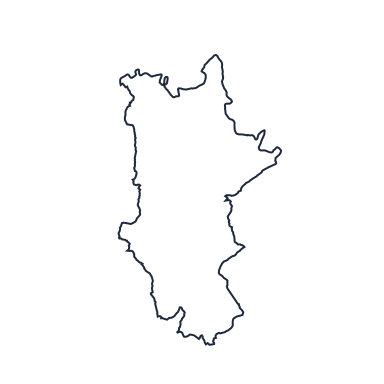 Manka, Leribe, Lesotho, rotated 52°
{"feature_id": "5366337B27297723813", "entity_name": "Manka", "entity_type": "district", "adm_level": 2, "iso_a3": "LSO", "parent_name": "Lesotho", "parent_adm1": "Leribe", "projection": "orthographic", "projection_center": [27.816, -28.974], "detail": "fine", "context": "isolated", "style": "outline", "palette": "slate", "viewbox_px": 384, "rotation_deg": 52, "n_neighbors": 0, "source": "geoboundaries", "source_scale": "gbopen_adm2", "svg_char_len": 6048}
<svg xmlns="http://www.w3.org/2000/svg" viewBox="0 0 384 384"><g transform="rotate(52 192 192)"><path d="M293.6,290.7L294.4,288.3L295.1,287.1L296.7,286.4L300.9,287.4L301.7,286.8L302.4,285.8L302.7,284.9L303.0,283.7L303.0,281.6L304.0,280.4L306.3,278.6L312.1,277.0L311.8,275.7L310.8,274.0L311.0,272.5L312.1,272.5L313.6,273.4L316.8,273.8L318.3,274.5L319.6,274.8L320.7,274.8L320.7,272.7L321.7,272.4L323.0,272.4L324.0,271.0L325.4,268.2L324.6,267.5L323.5,267.5L322.5,267.2L322.0,266.2L320.9,264.9L321.7,263.0L320.7,262.7L319.9,262.1L319.4,261.2L319.1,259.9L319.6,257.5L320.9,256.6L322.7,252.3L322.7,251.1L323.3,248.8L323.3,244.7L322.8,243.1L322.3,242.1L319.4,239.9L318.1,238.6L317.6,237.8L317.3,236.7L317.6,233.7L320.0,228.0L318.3,225.6L316.0,225.4L312.6,225.8L311.6,224.9L310.3,224.9L309.3,224.1L308.4,224.7L290.0,223.5L287.7,222.6L287.3,221.5L284.8,219.7L283.9,218.7L282.5,218.7L278.8,219.9L276.9,219.8L273.9,220.9L272.3,220.7L270.5,219.1L267.8,214.6L267.5,213.5L266.9,212.5L266.4,209.5L266.9,208.2L267.4,205.8L267.1,204.4L267.3,201.0L267.6,199.3L268.2,198.3L268.3,196.0L267.4,193.6L267.8,190.6L267.5,189.3L267.4,185.5L267.6,184.6L266.4,184.6L265.1,185.0L264.0,185.9L263.0,186.2L261.6,188.1L259.8,188.2L258.2,189.0L257.2,188.8L253.3,186.2L250.5,185.3L249.1,184.4L247.9,184.4L246.8,184.0L245.5,183.3L244.4,182.2L242.6,183.1L241.6,183.1L240.3,182.5L239.7,181.7L238.7,181.7L237.9,181.2L237.4,180.1L236.4,180.1L234.8,179.7L233.3,178.9L231.5,173.5L230.4,171.9L229.4,171.4L227.6,169.1L225.2,169.1L223.9,168.5L223.4,167.3L222.3,167.3L221.0,168.0L219.5,170.8L218.9,167.8L217.9,167.7L215.8,168.4L215.8,166.7L218.4,163.6L219.4,163.2L220.9,160.1L221.0,156.5L220.3,155.2L221.0,152.6L220.0,151.8L218.9,149.9L218.5,147.3L218.5,145.4L218.2,143.8L218.9,140.6L218.7,139.3L218.9,135.3L219.4,131.6L219.2,130.4L219.4,125.0L218.7,124.0L218.6,122.6L219.7,116.1L221.3,109.4L221.3,108.1L220.0,107.3L218.7,107.2L216.7,105.1L216.3,100.0L215.5,97.9L214.5,96.5L213.8,96.2L210.9,96.4L209.2,97.3L208.9,98.0L209.4,100.3L209.3,102.1L210.0,103.2L210.0,104.6L209.4,105.5L208.1,106.6L204.1,108.9L201.5,112.3L200.3,112.8L198.6,112.4L197.8,111.7L195.9,107.8L194.3,105.6L191.8,100.7L190.8,99.2L189.0,97.5L188.2,96.9L187.9,97.0L187.4,98.7L187.3,100.9L187.6,103.9L188.0,104.7L190.1,107.7L190.3,108.4L190.1,109.3L189.2,109.6L186.3,108.9L184.6,109.3L183.9,110.1L183.4,111.1L181.3,113.1L181.4,113.5L177.8,116.7L175.6,119.4L174.0,120.7L172.4,121.0L169.1,120.0L165.9,117.7L163.6,115.8L162.4,115.4L160.0,115.7L158.5,116.8L156.8,117.5L151.1,117.3L146.5,114.5L145.5,113.6L144.1,112.9L143.5,112.1L143.3,111.4L143.6,110.5L145.3,108.3L145.8,107.0L145.4,104.9L144.8,104.6L142.5,104.5L141.2,105.0L138.8,105.4L137.5,105.3L136.6,104.9L135.0,103.5L133.2,102.9L130.1,102.8L125.6,101.5L123.2,100.2L121.8,97.8L120.4,96.6L117.8,95.3L116.1,93.6L111.7,91.3L110.7,90.2L109.0,89.1L107.0,88.6L103.4,88.8L100.4,88.3L99.0,88.6L98.4,89.2L98.1,90.8L98.7,93.5L98.6,96.5L99.5,101.2L99.7,103.8L101.2,105.7L102.1,109.3L103.0,110.2L106.1,109.0L108.0,109.1L108.6,109.4L110.0,110.5L111.6,112.2L113.7,115.5L113.7,116.9L112.8,120.8L112.4,125.0L110.8,127.8L109.8,128.8L109.0,130.9L107.7,133.4L105.9,135.4L103.5,137.1L102.1,138.7L102.2,139.5L102.6,139.9L107.9,142.6L108.2,143.2L108.1,143.9L106.8,145.7L106.2,148.0L105.7,148.5L102.8,148.9L96.6,148.6L94.8,148.9L91.9,148.8L91.3,148.5L90.8,147.4L91.0,145.7L90.8,144.7L87.8,141.5L87.2,141.0L86.3,140.7L85.6,141.3L85.3,141.8L85.5,143.4L87.0,145.0L88.8,146.6L89.7,148.1L89.8,148.7L89.6,149.2L89.0,149.7L86.3,150.0L85.7,150.0L84.1,148.3L81.6,144.2L80.7,143.8L80.2,144.0L78.1,148.1L76.3,152.6L74.8,153.3L71.2,154.3L69.8,155.5L69.2,156.5L68.9,158.4L68.8,159.9L68.2,161.0L67.6,161.1L66.2,160.8L63.1,158.7L62.1,159.2L61.7,160.9L62.1,162.3L63.0,163.0L64.8,163.6L65.2,164.1L65.3,165.2L65.1,168.8L64.4,169.8L63.4,170.0L60.6,169.8L59.7,170.4L59.4,171.2L59.3,173.6L58.6,177.7L58.9,178.9L59.8,179.9L61.9,181.4L63.8,182.3L63.8,180.1L64.8,179.8L68.0,179.9L68.8,179.7L69.0,178.2L71.6,179.0L74.2,179.0L75.7,179.8L77.9,179.9L79.9,179.3L81.3,179.3L83.3,181.6L83.1,182.7L83.3,183.8L83.9,184.7L83.3,185.9L84.4,186.4L84.4,187.4L85.9,187.8L85.4,189.3L85.4,190.5L87.0,194.0L87.8,195.1L90.4,197.0L91.4,198.4L93.0,199.9L94.0,200.5L98.7,201.5L102.9,197.7L104.4,197.9L106.8,198.8L108.9,200.3L109.9,200.5L110.9,201.4L112.0,201.6L113.5,202.9L114.8,203.1L115.1,204.2L118.2,206.1L120.3,208.5L122.4,209.0L124.0,210.5L125.5,210.9L129.7,215.9L130.5,216.6L131.3,216.8L131.8,217.6L133.6,218.5L134.1,219.4L135.7,220.3L137.0,221.8L137.5,222.8L140.4,224.0L141.1,223.5L142.2,223.5L143.7,224.7L145.8,227.7L146.3,230.1L145.8,231.1L147.4,231.3L148.4,232.4L150.2,233.1L152.3,231.8L152.8,230.2L153.9,228.9L154.9,228.9L155.4,230.7L156.2,232.0L158.3,231.4L159.1,233.2L161.2,234.1L161.7,234.8L162.7,235.4L163.2,236.5L164.3,237.2L164.8,238.7L166.9,240.0L167.7,241.5L169.0,242.9L172.9,243.6L174.9,244.4L175.5,245.5L177.8,246.7L178.3,248.2L178.8,251.3L180.4,254.5L180.4,255.9L179.6,259.8L174.2,264.6L173.4,266.3L175.2,269.1L175.7,270.6L177.0,271.5L178.1,272.8L179.3,275.3L182.5,276.5L183.0,277.7L184.0,277.8L184.8,276.5L186.4,276.2L188.5,274.1L189.8,273.9L190.3,273.2L191.6,273.5L192.6,273.0L194.4,273.0L195.0,273.8L195.2,274.7L196.3,275.0L198.4,277.2L198.4,279.1L200.2,277.2L201.2,275.8L202.3,275.3L203.8,275.3L204.6,275.9L205.6,275.8L206.4,276.7L207.5,277.4L209.8,277.2L211.4,277.5L212.4,277.1L215.3,276.7L216.1,275.8L218.1,275.2L218.1,276.2L219.4,276.0L222.3,276.3L223.4,276.9L224.4,276.7L226.0,276.9L230.1,275.4L234.0,275.9L237.9,277.5L239.8,280.1L241.8,281.0L243.2,282.9L246.8,284.7L246.5,286.8L247.3,287.3L252.3,287.3L253.6,287.7L254.9,288.6L256.4,288.4L257.2,289.7L263.7,292.7L265.5,293.3L266.3,294.2L269.1,295.7L269.6,294.4L270.7,293.3L271.7,293.2L272.5,294.0L273.0,293.2L277.2,290.3L277.2,287.9L277.5,286.9L278.5,285.6L279.0,282.5L278.0,278.6L278.0,277.1L276.4,274.0L275.4,272.7L276.2,271.7L277.2,271.6L279.6,272.2L280.9,271.8L282.4,271.9L283.5,273.4L284.8,274.3L285.8,278.0L286.6,279.2L287.1,281.2L289.1,282.3L291.0,284.7L291.2,286.0L292.3,286.8L293.1,287.9L293.6,290.7Z" fill="none" stroke="#1e293b" stroke-width="2"/></g></svg>